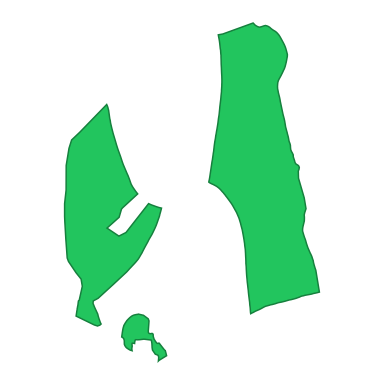 the district of Wald Rabi', Al Bayda', Yemen
{"feature_id": "15242507B62394973607201", "entity_name": "Wald Rabi'", "entity_type": "district", "adm_level": 2, "iso_a3": "YEM", "parent_name": "Yemen", "parent_adm1": "Al Bayda'", "projection": "equal_earth", "projection_center": [44.921, 14.611], "detail": "fine", "context": "isolated", "style": "filled", "palette": "green", "viewbox_px": 384, "rotation_deg": 0, "n_neighbors": 0, "source": "geoboundaries", "source_scale": "gbopen_adm2", "svg_char_len": 5922}
<svg xmlns="http://www.w3.org/2000/svg" viewBox="0 0 384 384"><path d="M250.7,313.7L252.2,312.9L253.3,312.4L255.4,311.2L257.5,310.3L259.6,309.4L261.7,308.3L262.9,307.6L265.0,306.5L266.1,306.1L267.3,305.8L269.4,305.2L270.6,304.8L271.9,304.6L275.3,303.7L277.6,302.9L278.7,302.6L281.4,302.1L282.7,301.8L285.4,301.1L287.8,300.4L289.1,300.0L291.3,299.6L295.1,298.6L296.1,298.3L299.7,297.0L300.6,296.5L301.7,296.1L303.8,295.7L304.9,295.3L306.0,295.1L307.1,294.9L309.4,294.5L311.9,294.0L313.0,293.6L317.2,292.7L319.4,292.1L315.8,270.2L315.1,268.2L314.0,264.5L313.5,262.5L313.2,260.6L312.5,258.6L311.8,256.4L310.9,254.4L310.0,252.6L307.8,247.5L306.4,243.3L305.8,241.1L305.3,239.4L304.6,237.7L303.7,234.9L302.6,231.1L302.6,229.0L302.9,226.9L303.9,222.7L304.3,221.0L304.4,219.0L304.4,217.0L304.2,215.0L304.7,212.7L306.0,208.7L304.2,197.8L298.5,178.2L298.4,174.9L298.3,171.1L299.0,169.3L299.3,167.3L298.5,165.6L297.3,164.8L296.0,164.0L295.0,162.5L294.6,160.8L293.9,158.7L293.3,156.9L293.2,154.8L292.3,152.9L291.4,151.3L290.7,149.5L290.5,147.3L290.4,145.3L289.9,143.4L289.2,141.7L288.8,139.9L288.5,138.1L288.1,136.3L287.5,134.2L287.1,132.4L286.6,130.7L286.1,128.7L285.6,126.9L285.3,124.9L284.6,120.7L284.1,118.5L283.0,114.3L282.6,112.4L281.7,108.1L281.2,105.7L280.3,101.4L280.0,99.5L279.5,97.1L278.4,92.8L278.0,90.6L277.6,88.7L277.5,86.5L277.6,84.6L277.8,82.5L278.4,80.5L279.2,78.9L280.9,75.8L282.6,72.4L283.5,70.4L284.4,68.6L285.1,66.6L285.6,64.7L286.1,62.7L286.5,60.8L286.9,58.6L287.3,56.5L287.4,54.6L286.9,52.5L285.8,48.5L285.2,46.8L284.4,44.9L283.5,43.1L282.7,41.6L280.9,38.3L280.0,36.7L278.9,35.0L277.8,33.7L276.6,32.4L275.2,31.3L273.8,30.5L272.6,29.7L271.2,28.7L269.8,27.4L268.4,26.5L267.0,25.9L265.4,25.5L263.8,25.9L262.4,26.4L261.1,26.8L259.5,27.2L257.8,26.7L256.5,26.0L255.1,25.1L254.0,23.9L253.1,23.0L222.8,34.0L218.3,34.8L218.5,36.1L219.1,39.2L219.4,40.9L219.8,44.1L220.3,48.8L220.6,50.3L220.7,52.1L220.8,53.7L221.0,55.3L221.0,56.7L221.1,59.5L221.2,64.1L221.4,67.5L221.6,73.0L221.8,76.3L221.9,79.9L221.9,82.6L221.8,84.5L221.8,86.0L221.7,87.3L221.6,88.8L221.5,90.2L221.5,91.5L221.0,96.2L220.9,97.7L220.7,99.7L219.8,107.2L219.7,108.5L219.2,113.7L219.0,115.3L218.5,118.3L217.9,123.3L216.9,129.5L216.6,130.9L216.1,134.1L215.8,135.4L215.4,138.5L214.8,141.7L214.3,145.3L213.6,151.5L213.3,153.2L213.0,155.5L212.6,158.2L212.4,159.8L212.1,161.2L211.9,162.5L209.8,176.8L209.7,177.4L209.3,179.7L209.0,180.9L208.8,182.1L209.5,182.7L211.8,183.9L212.8,184.3L215.1,185.5L216.0,186.0L217.0,186.6L218.8,188.0L220.5,189.6L222.3,191.7L223.2,192.6L224.1,193.8L225.0,194.8L225.5,195.6L226.4,196.7L227.1,197.6L228.2,199.1L229.9,201.4L231.8,204.1L233.1,206.3L236.6,212.6L238.7,217.5L239.2,218.8L239.6,220.2L240.5,223.1L240.8,224.4L241.2,226.0L241.6,227.5L242.0,228.9L242.3,230.2L242.6,231.8L243.2,235.0L243.9,239.0L244.6,243.7L244.7,245.1L245.3,249.6L245.4,251.4L245.5,252.9L245.7,257.3L245.8,258.7L245.9,261.9L245.9,263.3L246.2,266.7L246.3,269.5L246.4,271.0L246.5,273.0L246.7,275.9L247.0,278.9L247.3,282.4L247.5,283.9L248.1,289.2L248.3,290.7L248.4,292.2L248.7,295.0L249.4,300.6L249.6,302.1L249.7,303.6L249.8,304.9L250.0,306.3L250.2,307.9L250.4,311.0L250.5,312.4L250.7,313.7ZM106.7,104.5L79.7,132.3L71.6,140.0L69.0,148.3L66.2,165.4L66.1,190.0L65.9,192.0L64.6,203.7L64.6,216.5L64.8,221.2L65.8,238.6L67.2,258.0L68.5,261.5L76.1,272.8L81.1,279.1L82.3,286.3L79.2,300.3L78.5,300.8L78.3,301.7L78.0,304.4L77.8,305.7L77.5,306.9L77.4,307.7L77.2,308.6L77.1,309.9L76.8,311.2L76.8,311.4L76.1,316.1L94.4,325.0L97.6,326.0L98.2,325.7L99.8,325.2L101.1,324.0L100.7,323.3L100.1,321.8L99.0,318.7L98.2,316.1L97.9,314.8L97.8,314.2L94.6,307.3L93.0,303.3L93.3,300.9L98.1,298.3L114.6,283.2L125.1,273.4L126.2,272.4L127.0,271.6L127.8,270.7L129.5,268.8L131.5,266.7L132.5,265.6L133.4,264.7L134.5,263.5L135.6,262.3L136.6,261.1L137.5,260.0L138.3,259.0L139.0,257.9L139.6,256.9L141.1,254.3L141.8,253.2L143.1,250.6L144.5,247.9L145.8,245.5L147.9,241.7L148.5,240.4L149.2,239.1L151.2,235.7L151.9,234.5L153.2,231.9L155.1,227.9L155.7,226.5L156.3,225.1L156.8,223.7L157.3,222.3L158.3,219.4L159.2,216.9L159.6,215.5L159.9,214.1L160.3,212.8L161.1,209.8L161.5,208.1L158.9,207.5L155.9,206.5L153.7,205.7L152.3,205.2L151.2,204.8L148.6,203.6L126.0,232.5L118.9,236.1L107.0,228.1L119.1,217.3L121.5,209.1L122.5,207.9L137.7,193.9L136.2,192.0L135.3,190.8L134.5,189.6L132.9,187.3L132.2,186.1L131.6,185.0L131.0,183.8L129.7,180.0L128.1,175.8L127.0,173.4L125.9,170.8L123.7,165.6L123.2,164.4L122.3,161.9L120.5,156.4L118.1,149.8L117.7,148.6L116.4,144.5L116.0,143.1L115.6,141.7L113.1,133.3L111.7,127.8L111.0,124.8L110.6,123.1L110.4,121.7L110.2,120.3L109.8,118.8L109.6,117.4L109.2,114.5L109.0,113.1L108.6,110.2L108.2,108.9L107.9,107.5L107.4,106.1L106.7,104.5ZM166.6,355.7L165.3,350.6L164.5,350.0L159.8,344.0L159.4,343.3L158.8,343.1L158.0,343.4L157.1,343.3L156.7,343.0L156.2,342.3L155.8,341.8L155.2,341.0L154.6,339.9L154.2,339.5L153.3,336.6L153.1,334.2L152.4,333.5L151.2,333.5L150.6,333.7L149.9,333.7L148.7,333.1L148.3,332.2L148.3,330.6L148.7,325.4L149.0,320.9L148.2,318.8L143.5,315.3L138.4,314.1L137.0,314.5L136.3,314.5L135.1,314.8L134.1,315.0L133.1,315.4L132.2,315.8L131.2,316.5L130.3,317.2L129.5,317.9L127.7,319.7L126.9,320.6L125.4,322.8L124.6,324.2L123.9,325.4L123.1,328.1L122.8,329.6L122.3,332.7L121.7,337.0L122.2,337.2L123.1,337.9L123.8,338.9L124.2,340.2L124.3,341.6L124.3,343.1L124.4,344.5L125.0,345.8L125.7,346.9L126.5,347.8L127.5,348.5L128.4,349.1L130.3,350.2L132.1,350.7L132.0,350.3L131.9,349.6L131.9,349.3L131.8,348.8L131.9,347.9L132.0,347.8L132.0,346.7L132.2,346.4L132.1,345.4L132.0,344.5L132.0,344.1L132.1,343.5L132.2,343.2L133.1,343.2L134.6,343.5L134.7,342.1L135.1,340.4L135.3,339.9L135.8,339.7L137.5,339.8L139.6,339.7L143.6,339.2L144.2,339.2L150.8,340.0L151.3,340.2L151.7,342.2L151.9,343.5L152.1,347.6L152.5,350.1L154.5,353.0L155.3,354.2L157.5,355.0L158.2,355.5L158.6,357.0L158.7,357.6L158.4,361.0L159.0,360.4L162.7,358.1L166.6,355.7Z" fill="#22c55e" stroke="#15803d" stroke-width="1.5"/></svg>